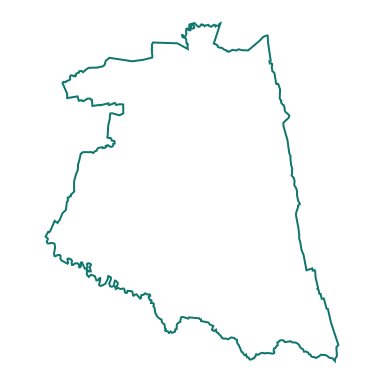 outline of Phra Phrom, Nakhon Si Thammarat, Thailand
{"feature_id": "78962969B31932959470033", "entity_name": "Phra Phrom", "entity_type": "district", "adm_level": 2, "iso_a3": "THA", "parent_name": "Thailand", "parent_adm1": "Nakhon Si Thammarat", "projection": "natural_earth1", "projection_center": [99.929, 8.325], "detail": "fine", "context": "isolated", "style": "outline", "palette": "teal", "viewbox_px": 384, "rotation_deg": 0, "n_neighbors": 0, "source": "geoboundaries", "source_scale": "gbopen_adm2", "svg_char_len": 5867}
<svg xmlns="http://www.w3.org/2000/svg" viewBox="0 0 384 384"><path d="M334.9,361.0L335.0,359.0L336.9,356.1L336.4,347.2L338.4,345.0L330.9,322.3L327.9,309.0L326.6,308.7L323.8,298.5L321.7,298.8L320.6,294.0L319.4,293.9L318.6,290.1L317.4,288.9L318.1,288.1L315.6,277.6L315.2,271.7L314.7,270.2L312.7,270.6L312.3,268.4L306.5,270.3L303.6,255.0L301.5,249.9L300.1,241.4L299.2,238.8L299.2,234.3L298.4,227.9L295.9,214.8L296.4,211.8L298.0,207.4L298.0,205.8L299.9,204.0L298.0,200.4L297.0,194.9L297.1,191.3L296.2,188.4L294.2,184.9L294.6,181.0L293.8,178.0L291.6,175.5L292.2,172.4L291.9,170.3L292.3,168.7L291.1,165.0L290.4,158.1L290.6,156.1L289.8,154.8L289.1,152.2L287.5,140.3L283.5,126.2L283.4,122.6L288.7,117.8L289.4,116.0L288.6,114.6L285.6,112.1L284.7,110.4L284.5,107.5L283.7,105.1L282.8,104.7L281.3,102.9L281.0,101.8L281.3,100.8L279.9,98.9L279.7,97.7L280.1,89.5L278.2,83.9L276.6,84.1L276.1,83.6L274.6,73.8L273.9,72.4L272.4,71.2L271.8,67.6L272.2,64.3L271.5,63.2L270.0,63.6L269.5,62.4L269.4,61.1L270.7,60.6L268.0,42.3L267.7,35.6L266.4,35.6L263.1,37.0L259.3,41.0L248.2,50.4L241.8,50.2L238.7,49.3L236.1,50.5L232.4,49.9L228.9,51.8L228.4,51.3L227.0,51.3L226.7,50.5L224.3,49.7L221.9,47.9L218.7,47.4L217.6,46.5L217.5,45.4L216.6,44.7L213.8,43.6L220.4,23.3L219.6,23.7L218.4,25.8L216.2,25.6L215.6,26.4L214.6,24.8L212.5,25.6L211.5,26.7L209.2,26.1L208.4,24.9L205.0,25.6L204.6,26.2L203.4,24.9L202.6,24.6L202.1,25.2L201.2,24.5L199.6,26.6L198.8,26.9L197.5,26.2L194.4,23.0L191.8,23.8L192.5,24.3L192.9,25.2L193.9,25.7L194.3,27.7L193.9,28.2L193.0,28.6L190.8,27.8L191.1,26.7L190.6,26.2L190.8,25.5L189.8,24.5L189.2,25.3L189.4,27.8L190.5,29.5L190.5,30.2L188.5,30.2L188.3,29.2L187.4,28.5L186.3,28.9L186.0,32.0L186.5,33.6L185.3,36.6L183.8,36.4L182.7,35.0L182.0,35.1L182.3,36.5L182.9,37.3L184.7,37.8L186.1,39.0L186.6,43.7L187.5,43.7L187.8,44.2L187.5,47.1L187.8,49.0L177.3,43.3L153.0,42.5L152.1,44.2L151.8,46.6L152.2,47.6L151.6,49.8L152.2,50.6L151.9,52.1L152.4,56.0L152.1,57.6L143.1,59.8L132.3,61.3L109.5,57.8L105.8,60.7L104.5,65.0L102.9,66.3L97.2,67.6L88.8,67.8L86.4,69.2L83.1,72.2L81.5,70.9L79.2,71.3L79.0,72.5L76.4,73.5L75.9,75.7L75.1,76.4L74.4,75.6L73.7,76.1L71.8,75.3L70.6,75.5L70.0,77.0L70.2,79.0L69.7,79.9L66.2,81.3L65.6,82.2L63.4,81.9L62.5,83.1L67.1,93.6L67.2,98.1L77.5,96.4L78.8,100.7L81.6,100.2L81.8,100.7L83.4,101.2L87.8,98.5L90.5,98.8L91.2,99.9L92.0,100.1L92.4,105.9L100.0,104.9L100.2,105.3L108.5,103.3L108.7,105.0L112.5,104.0L113.7,103.1L115.1,103.2L116.0,104.9L120.1,104.2L123.2,104.5L123.3,113.4L119.4,115.3L112.3,113.3L110.4,113.4L110.0,114.5L109.7,119.2L108.2,125.8L107.7,135.7L107.3,137.5L109.1,138.1L110.4,137.9L111.3,138.8L111.8,140.6L114.4,141.0L114.7,143.5L113.3,143.8L113.2,145.6L111.9,146.8L110.3,146.8L107.8,145.1L107.0,145.4L106.8,146.0L105.9,146.0L106.2,146.9L104.5,148.0L102.9,148.1L102.6,147.2L98.5,147.9L97.5,148.6L96.7,150.6L94.9,151.3L93.3,153.0L90.8,151.9L89.8,152.2L83.2,152.1L80.8,153.7L78.7,162.7L78.1,163.8L77.8,169.9L75.8,174.9L74.1,181.3L74.1,189.9L74.4,190.9L73.7,192.1L71.0,194.5L70.9,196.0L69.8,196.2L69.3,197.4L67.7,197.7L67.9,201.0L66.9,201.9L65.9,209.9L62.5,213.2L59.5,220.4L58.7,221.0L57.6,223.0L54.7,220.9L50.2,231.1L49.3,232.2L48.2,231.8L45.6,236.6L47.8,238.6L47.8,239.4L46.7,241.6L47.5,243.3L49.9,243.4L51.7,242.8L54.5,243.7L55.1,247.5L54.0,253.4L54.6,256.1L55.5,256.2L58.1,254.9L60.2,255.2L60.6,256.0L60.3,258.4L61.4,260.4L67.4,263.7L67.9,263.3L68.0,262.1L67.4,259.1L68.3,258.5L70.6,259.1L72.0,260.7L71.6,263.1L72.0,265.0L72.8,265.0L75.2,263.3L77.5,263.3L79.4,265.1L78.9,266.7L79.4,267.4L80.1,267.3L81.0,265.8L80.6,264.0L80.9,262.6L81.9,262.3L84.9,268.7L86.7,268.1L87.6,267.3L87.0,264.1L87.4,263.5L88.4,263.2L90.5,263.9L91.0,264.7L89.8,267.3L90.8,271.4L88.9,271.5L87.5,270.0L86.8,269.8L86.9,274.7L88.8,276.9L90.5,275.1L91.8,274.9L95.0,276.4L96.4,280.4L98.0,280.2L99.5,278.2L100.1,278.1L100.3,279.3L99.1,284.9L100.2,285.9L102.9,285.2L105.4,283.7L108.1,278.2L108.1,276.3L108.6,276.1L110.4,277.0L111.0,277.9L110.8,279.6L109.2,283.6L110.2,286.4L111.9,286.7L113.6,286.1L114.9,280.6L115.8,280.8L117.6,282.6L117.9,283.5L117.2,285.8L115.0,286.9L115.8,289.0L117.8,287.9L120.6,289.0L123.7,288.5L124.5,289.5L124.9,292.3L125.9,293.0L126.9,292.8L127.6,290.8L131.9,291.3L132.5,292.1L133.1,295.5L133.9,295.7L135.2,294.6L136.5,294.3L140.2,298.6L141.1,297.8L141.1,295.9L141.6,294.9L143.6,294.8L145.1,293.3L146.9,294.4L149.8,294.5L150.2,295.8L148.7,296.8L148.7,297.4L149.8,299.9L151.5,300.4L151.0,303.0L152.8,302.9L153.9,304.1L153.4,306.3L154.5,307.8L155.3,313.1L156.3,314.4L156.6,315.9L159.2,318.4L161.6,319.7L161.8,321.7L163.0,323.5L164.4,324.2L165.0,328.2L165.9,329.2L165.0,330.4L165.8,331.1L167.7,331.3L168.9,333.0L169.3,333.0L170.6,331.5L172.1,332.8L175.0,331.6L175.4,329.3L176.6,329.1L176.7,325.4L177.2,323.9L178.9,322.4L180.4,321.8L180.4,320.2L181.1,317.4L182.8,316.9L188.3,318.6L189.0,317.4L199.2,318.3L199.7,319.1L201.1,319.5L201.0,321.0L208.4,322.5L209.9,324.6L213.3,326.0L211.9,329.9L214.0,331.0L216.0,329.7L216.5,332.2L218.3,333.0L218.4,333.6L221.1,336.3L221.8,337.8L223.5,338.6L226.0,338.6L228.1,339.3L231.2,337.4L234.2,338.0L235.7,339.4L237.0,339.9L237.3,343.4L238.9,345.3L241.6,351.9L242.4,352.1L244.2,354.9L245.0,355.3L246.0,354.7L245.9,355.7L247.1,356.5L247.2,357.4L248.7,357.6L248.8,358.4L249.5,358.9L249.7,359.5L251.7,359.4L253.1,358.4L254.3,358.2L254.5,357.0L255.5,356.3L256.2,354.2L258.3,354.8L261.3,352.8L265.6,353.4L266.6,352.9L272.7,353.6L274.1,353.2L274.3,352.0L273.6,350.9L274.0,348.5L275.2,348.2L276.6,346.1L277.7,345.4L277.3,342.4L278.4,342.1L279.7,340.6L281.7,340.1L283.9,340.6L284.6,341.9L285.4,342.1L290.5,341.2L292.0,342.3L295.5,342.6L297.4,343.4L299.3,345.3L300.4,347.6L303.1,349.4L304.0,351.7L306.0,351.5L308.4,352.8L308.9,354.2L310.5,354.6L311.0,356.0L312.3,357.0L314.5,357.1L315.8,358.0L318.3,356.8L321.2,354.6L322.9,355.1L324.2,354.8L326.8,355.6L329.5,357.8L332.5,358.3L334.9,361.0Z" fill="none" stroke="#0f766e" stroke-width="2"/></svg>